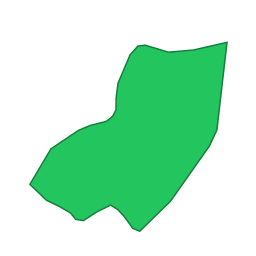 the border of Oplotnica, rotated 279°
{"feature_id": "SVN-226", "entity_name": "Oplotnica", "entity_type": "Municipality", "adm_level": 1, "iso_a3": "SVN", "parent_name": "Slovenia", "parent_adm1": "", "projection": "robinson", "projection_center": [15.447, 46.391], "detail": "fine", "context": "isolated", "style": "filled", "palette": "green", "viewbox_px": 256, "rotation_deg": 279, "n_neighbors": 0, "source": "natural_earth", "source_scale": "10m", "svg_char_len": 508}
<svg xmlns="http://www.w3.org/2000/svg" viewBox="0 0 256 256"><g transform="rotate(279 128 128)"><path d="M139.8,216.1L123.1,211.3L62.3,181.4L27.9,155.8L29.6,148.4L40.2,137.9L45.8,130.7L49.1,122.9L40.8,111.0L29.6,98.5L29.6,90.6L34.9,84.8L39.8,72.4L43.8,58.9L57.0,39.9L95.4,55.2L117.9,79.4L124.8,90.6L131.1,105.5L137.1,111.0L144.1,113.3L155.3,111.6L170.5,111.1L200.6,118.6L210.5,125.0L212.5,132.0L209.2,156.0L215.2,180.2L228.1,212.4L139.8,216.1Z" fill="#22c55e" stroke="#15803d" stroke-width="1.5"/></g></svg>